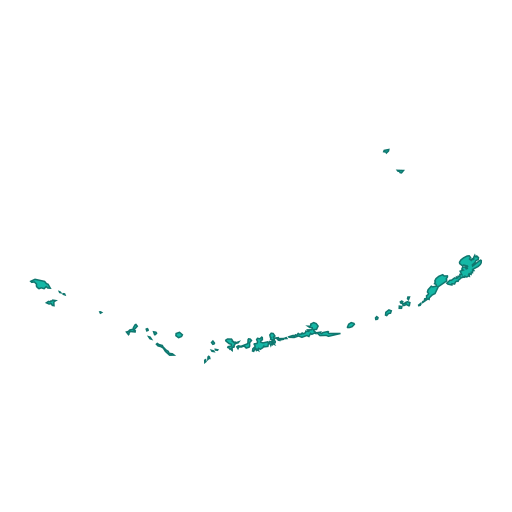 the district of Aleutians West, Alaska, United States of America
{"feature_id": "52423323B14067598441828", "entity_name": "Aleutians West", "entity_type": "district", "adm_level": 2, "iso_a3": "USA", "parent_name": "United States of America", "parent_adm1": "Alaska", "projection": "orthographic", "projection_center": [-175.064, 54.225], "detail": "fine", "context": "isolated", "style": "filled", "palette": "teal", "viewbox_px": 512, "rotation_deg": 0, "n_neighbors": 0, "source": "geoboundaries", "source_scale": "gbopen_adm2", "svg_char_len": 6126}
<svg xmlns="http://www.w3.org/2000/svg" viewBox="0 0 512 512"><path d="M446.8,283.2L448.0,284.2L451.9,285.0L452.0,283.7L454.6,284.0L455.4,282.1L456.5,281.3L458.1,281.3L458.4,280.3L461.4,277.7L463.2,277.3L463.1,276.7L464.3,277.3L464.9,277.1L465.0,276.2L466.8,277.0L468.5,275.9L469.4,276.3L469.3,274.7L468.7,274.4L469.2,273.6L471.1,274.4L471.3,272.3L472.5,272.7L472.6,270.8L473.8,270.6L472.7,269.4L478.1,266.5L480.3,264.5L481.2,262.8L481.3,260.6L480.7,260.1L479.1,261.0L472.6,266.1L472.3,264.9L475.0,262.4L475.9,260.6L478.2,259.5L478.5,257.6L476.8,256.0L476.1,256.9L475.2,256.4L474.8,255.3L473.7,257.4L473.8,259.0L472.9,259.6L472.4,258.7L471.8,259.0L471.2,260.4L469.5,259.0L470.6,257.6L469.2,255.8L467.1,256.0L463.5,257.9L461.0,259.8L459.5,262.2L459.7,263.6L462.6,265.9L463.6,265.0L467.4,266.0L467.6,266.6L466.6,267.1L467.3,268.5L466.2,268.9L465.2,266.9L462.6,267.3L461.8,269.1L463.2,270.1L460.1,271.2L461.7,274.5L459.9,274.4L459.9,276.6L458.2,276.2L457.8,277.6L456.9,277.2L457.2,277.9L456.8,278.3L454.6,277.9L451.4,280.3L449.9,280.3L446.8,283.2ZM422.9,301.5L422.0,303.0L427.9,298.9L429.1,299.4L429.3,297.8L432.3,294.9L435.0,293.6L438.3,286.7L446.6,281.0L446.7,279.9L446.2,278.9L447.5,276.9L447.4,275.9L444.2,276.0L442.7,274.7L438.8,276.3L436.0,278.6L434.8,281.0L435.4,281.8L434.5,283.7L435.9,284.3L436.7,286.1L432.6,286.9L431.3,286.2L428.1,289.7L427.4,292.0L428.5,293.3L428.1,294.6L426.5,295.8L426.7,297.5L426.0,298.6L424.7,298.8L424.5,299.5L424.9,300.6L422.9,301.5ZM293.2,335.4L288.7,336.8L289.1,337.3L294.1,337.5L298.6,336.0L301.9,337.3L306.8,335.5L308.9,336.5L310.6,333.4L311.8,334.3L314.8,333.0L315.9,333.6L316.1,332.7L313.7,330.7L313.5,329.7L316.5,329.4L318.1,326.1L316.2,323.6L313.7,322.6L310.7,324.1L310.9,325.2L310.0,326.3L307.9,326.2L309.8,327.5L312.2,327.7L312.4,328.8L311.3,329.8L307.8,329.9L309.0,331.0L308.8,331.5L305.8,331.1L305.5,332.6L303.6,333.7L302.3,333.0L301.5,333.4L301.7,334.0L299.6,334.3L298.2,333.4L296.6,335.4L295.4,334.8L294.1,336.3L293.2,335.4ZM30.7,281.3L31.7,282.3L34.4,282.0L36.5,284.1L36.4,286.0L37.2,287.4L39.0,288.7L41.2,287.8L44.1,288.7L46.2,286.6L47.7,288.0L50.3,288.2L48.1,284.3L46.4,283.6L44.6,281.4L35.0,279.3L30.7,281.3ZM252.8,348.8L252.5,351.0L253.7,351.4L255.3,348.2L256.3,349.1L256.0,349.7L256.4,350.6L257.7,350.0L258.5,350.5L258.0,349.0L258.6,348.3L260.3,349.3L262.8,347.7L263.8,346.2L264.0,346.9L267.9,346.4L268.4,343.7L267.9,341.8L263.0,342.9L260.6,342.1L260.9,340.6L262.4,339.8L262.3,337.5L261.7,337.1L260.0,338.8L257.5,338.3L256.6,339.6L257.6,341.8L257.0,343.5L254.3,343.8L254.2,344.5L254.9,345.3L255.1,346.6L252.8,348.8ZM225.7,340.2L225.9,341.0L229.2,343.7L231.4,344.3L231.4,346.0L228.1,346.6L227.8,347.5L228.8,347.8L230.0,349.3L231.1,348.6L231.5,350.0L232.2,350.5L232.1,347.8L232.6,347.2L233.8,347.3L234.2,346.7L233.9,345.8L234.9,344.5L234.9,343.7L238.2,342.8L239.0,341.7L236.3,342.6L235.0,342.0L233.6,342.4L233.3,341.6L232.3,341.4L232.5,340.5L231.5,339.1L227.5,339.0L225.7,340.2ZM316.8,332.7L320.0,335.6L326.3,335.4L328.5,336.3L340.5,333.5L328.8,333.5L328.0,332.6L328.4,331.8L328.0,331.5L322.8,332.6L321.8,333.6L320.2,332.9L320.6,332.1L316.8,332.7ZM236.8,346.8L238.0,348.7L238.8,347.0L241.6,347.0L243.2,346.2L244.8,346.6L246.2,348.1L249.1,347.2L249.7,346.1L249.6,342.7L251.5,340.5L250.3,339.1L248.6,338.8L248.1,339.5L247.9,343.2L247.2,343.9L241.0,346.3L238.3,345.8L236.8,346.8ZM156.4,344.2L158.0,345.9L161.0,346.7L163.3,348.1L165.4,351.4L169.6,355.2L174.1,355.1L172.4,353.8L169.1,353.3L168.3,351.4L165.9,349.9L162.7,346.5L162.4,345.5L158.9,344.5L157.3,343.4L156.4,344.2ZM126.4,332.0L128.5,334.7L129.0,334.1L129.0,333.1L130.2,331.5L135.1,332.0L135.3,330.8L133.8,330.1L137.3,326.2L135.9,324.4L135.0,324.9L133.4,327.7L133.1,329.2L129.7,330.0L128.4,331.4L126.4,332.0ZM176.1,333.5L175.9,335.7L178.6,337.7L181.5,336.5L182.4,334.8L179.5,332.3L176.1,333.5ZM46.4,302.8L49.0,304.0L51.3,303.7L52.3,305.4L54.0,305.7L53.8,302.5L54.3,301.5L55.8,300.6L52.7,300.1L51.7,301.1L50.8,301.0L50.4,301.8L48.5,301.4L46.4,302.8ZM271.2,333.2L269.8,335.0L270.4,337.4L270.9,337.5L270.6,339.2L272.1,339.9L274.3,339.3L274.5,338.8L273.4,337.1L274.9,336.0L273.2,333.5L271.2,333.2ZM348.7,324.2L347.4,327.2L347.7,327.6L349.7,327.5L352.1,326.7L354.4,324.3L353.9,323.4L351.2,322.6L348.7,324.2ZM385.8,312.3L385.5,315.1L386.7,315.6L388.5,313.5L390.5,313.2L391.3,310.8L388.9,309.9L385.8,312.3ZM402.7,303.7L403.0,305.2L403.8,305.6L406.4,304.5L408.8,305.8L409.3,305.7L409.9,302.6L407.5,301.7L405.5,302.5L405.8,303.1L402.7,303.7ZM269.1,343.5L270.3,344.2L270.8,345.5L271.2,344.3L272.2,344.7L272.0,343.5L274.3,344.4L273.2,342.8L275.1,342.8L275.3,341.6L274.5,340.5L271.9,341.3L272.7,342.0L272.1,342.5L269.8,341.5L269.1,343.5ZM383.7,151.7L386.0,152.1L386.4,153.0L388.5,151.0L388.8,149.5L384.2,150.4L383.7,151.7ZM397.3,170.3L398.0,171.2L399.4,171.4L400.2,172.7L401.5,172.9L403.5,170.5L397.3,170.3ZM211.5,342.5L212.8,344.3L214.0,344.0L214.5,343.1L212.9,341.0L211.5,342.5ZM153.6,331.8L154.6,334.7L155.4,334.6L156.6,333.2L155.9,332.2L153.6,331.8ZM399.2,308.3L401.5,308.3L401.9,306.5L399.3,306.1L399.2,308.3ZM275.3,338.0L277.0,338.7L278.3,340.2L279.5,340.4L278.4,337.6L275.3,338.0ZM375.5,317.9L375.8,319.5L376.9,319.4L377.7,318.9L378.0,317.6L376.7,316.6L375.5,317.9ZM407.5,298.7L408.5,299.7L409.5,297.0L407.9,297.0L407.5,298.7ZM400.3,301.9L400.7,303.0L401.7,303.4L402.8,301.7L401.7,301.0L400.3,301.9ZM208.0,357.0L207.9,359.4L208.8,358.5L209.8,358.5L209.5,357.0L208.7,356.3L208.0,357.0ZM146.2,329.1L146.8,330.9L148.1,330.4L148.0,329.3L147.2,328.6L146.2,329.1ZM204.7,360.2L204.8,362.5L206.0,361.5L205.6,359.7L204.7,360.2ZM280.0,338.6L280.4,339.9L283.5,339.3L283.5,338.5L280.0,338.6ZM148.6,336.7L149.9,338.7L151.5,339.2L150.1,337.1L148.6,336.7ZM418.6,305.1L418.8,305.7L420.2,305.3L421.0,303.9L420.7,303.4L418.6,305.1ZM99.8,311.9L100.4,313.2L101.7,312.5L100.5,311.8L99.8,311.9ZM211.4,350.3L212.0,351.3L214.0,351.6L213.5,350.9L211.4,350.3ZM215.3,349.3L215.4,350.0L217.5,350.3L217.8,349.8L215.3,349.3ZM63.3,293.7L63.2,294.3L65.0,294.9L64.6,293.9L63.3,293.7ZM285.0,338.1L285.1,338.6L286.9,338.5L286.3,337.6L285.0,338.1ZM59.3,291.6L59.7,292.5L60.7,292.7L59.9,291.8L59.3,291.6Z" fill="#14b8a6" stroke="#0f766e" stroke-width="1.5"/></svg>